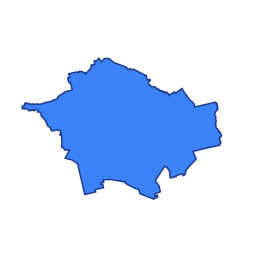 outline of Coonamble, New South Wales, Australia, rotated 159°
{"feature_id": "25037944B2591711256956", "entity_name": "Coonamble", "entity_type": "district", "adm_level": 2, "iso_a3": "AUS", "parent_name": "Australia", "parent_adm1": "New South Wales", "projection": "mercator", "projection_center": [148.081, -30.867], "detail": "fine", "context": "isolated", "style": "filled", "palette": "blue", "viewbox_px": 256, "rotation_deg": 159, "n_neighbors": 0, "source": "geoboundaries", "source_scale": "gbopen_adm2", "svg_char_len": 5623}
<svg xmlns="http://www.w3.org/2000/svg" viewBox="0 0 256 256"><g transform="rotate(159 128 128)"><path d="M49.0,79.1L48.9,79.5L48.6,79.3L48.5,79.5L48.1,79.6L48.0,79.8L47.8,80.0L47.7,80.3L46.5,81.0L46.7,81.5L46.6,82.0L46.8,82.3L46.7,82.9L46.4,83.3L46.4,83.8L46.6,84.7L46.6,85.0L46.2,85.0L46.1,86.1L45.1,86.5L44.7,86.5L44.4,86.7L44.1,86.6L43.3,87.4L43.4,88.5L43.6,90.1L43.6,90.6L43.9,91.4L44.2,91.6L44.3,91.9L44.1,92.0L44.3,92.4L44.6,92.6L44.6,93.0L44.4,93.1L44.7,93.9L44.7,95.0L45.0,95.1L45.6,96.5L45.4,98.2L45.5,98.8L45.3,98.8L45.1,99.1L44.7,99.3L44.6,99.6L44.6,100.1L44.6,101.1L42.9,103.4L43.4,104.4L42.0,106.6L42.5,109.3L40.2,112.0L39.3,112.3L39.0,112.6L38.4,112.7L38.3,112.9L37.9,113.3L37.7,113.5L37.5,113.4L37.3,113.8L37.5,113.9L37.4,114.1L37.6,114.6L37.4,114.9L37.4,115.1L36.9,115.5L37.1,115.8L37.0,116.4L36.8,116.3L36.4,116.7L36.4,117.0L36.4,117.3L36.6,117.3L36.5,117.5L36.5,117.9L36.7,118.0L36.7,118.3L36.8,118.4L36.7,118.5L36.7,118.8L36.4,119.0L36.5,119.1L36.4,119.2L36.4,119.7L36.6,119.7L36.5,119.9L36.8,120.1L37.0,120.1L37.4,120.8L58.1,123.7L57.8,126.0L57.5,126.2L58.8,129.7L59.6,130.7L60.0,131.8L61.5,136.2L61.4,137.4L61.9,137.4L63.5,145.6L71.4,143.3L71.3,143.7L71.6,143.9L71.7,144.5L71.9,144.7L71.8,145.0L78.0,143.9L77.8,144.1L78.0,145.2L78.0,145.4L78.4,145.4L78.5,145.6L78.3,145.8L78.4,146.2L78.7,146.6L78.7,147.1L79.2,147.2L79.5,147.8L79.8,148.0L80.1,147.8L80.1,148.1L80.5,148.2L80.8,148.7L81.4,148.6L81.5,148.2L81.8,148.3L82.1,148.8L81.9,149.1L82.1,149.7L82.5,149.6L82.8,150.1L83.2,150.1L83.2,150.4L83.5,150.2L83.9,150.3L84.0,150.6L84.3,150.6L84.3,151.0L84.7,151.2L84.6,151.5L85.2,151.8L85.1,152.3L85.3,152.3L85.3,152.5L85.6,152.7L85.6,153.1L85.8,153.2L85.8,153.4L86.1,153.4L86.3,153.5L86.5,154.0L86.5,154.3L86.8,154.5L86.8,154.8L87.0,154.8L87.3,154.6L87.4,154.8L87.6,154.8L87.6,155.0L87.7,155.5L88.1,155.7L88.0,156.2L88.2,156.9L89.0,157.4L89.4,157.5L90.1,157.6L90.6,158.0L91.2,158.1L91.4,158.5L91.3,158.9L91.4,159.2L91.8,159.3L92.0,159.7L92.1,160.2L92.9,160.7L92.3,164.3L90.3,164.0L90.1,165.3L90.8,165.4L90.8,165.8L92.9,166.1L92.2,170.8L93.6,171.0L93.5,171.8L100.2,179.1L101.4,180.1L101.3,180.6L102.0,180.5L102.3,180.8L102.6,180.7L105.0,182.8L105.8,182.1L108.0,184.0L107.6,184.2L107.5,185.2L117.9,194.3L120.8,199.7L125.1,201.3L128.9,199.3L129.6,201.0L129.9,202.4L130.0,203.4L130.3,203.5L132.5,202.2L135.6,202.7L136.1,199.4L140.1,199.9L140.4,197.8L148.0,193.6L147.9,194.7L148.0,195.0L148.4,195.3L149.3,195.4L149.9,195.8L150.7,197.3L151.0,197.5L151.4,197.5L152.8,197.8L153.2,198.5L154.5,197.4L155.5,198.6L163.9,199.8L164.4,196.2L166.3,196.4L166.9,192.3L166.6,192.3L166.7,191.2L165.4,191.1L166.3,184.6L166.6,183.5L167.0,183.5L173.1,184.3L181.5,182.6L182.6,181.8L183.0,181.2L184.4,180.5L187.6,180.9L187.6,180.5L187.9,180.4L191.5,180.6L192.1,180.8L192.9,180.8L195.5,181.3L198.1,181.4L199.4,181.2L201.0,181.8L201.7,181.8L202.4,181.7L202.6,182.1L203.2,182.3L203.4,182.5L204.1,182.9L204.4,182.8L204.8,183.3L205.9,183.4L206.7,183.3L207.1,183.6L207.2,183.9L207.9,184.2L208.0,184.5L208.6,184.5L208.9,184.8L209.7,184.5L210.2,184.9L210.6,184.9L210.7,185.5L211.6,186.2L212.2,186.1L212.9,186.6L212.9,186.9L213.3,187.4L214.3,187.6L214.5,188.0L214.8,188.2L215.4,187.7L216.0,187.6L216.1,187.4L215.7,187.3L215.7,187.0L216.0,186.8L216.5,185.9L218.1,186.2L218.7,185.9L219.1,186.0L219.3,185.5L219.3,185.2L219.7,184.5L219.5,184.4L219.6,184.1L219.0,183.7L218.9,183.5L218.1,183.1L218.1,183.3L217.7,183.3L217.0,182.7L216.6,182.8L216.3,182.5L215.5,182.4L215.1,182.0L215.0,181.3L214.8,180.7L214.3,180.1L214.0,179.2L212.8,179.5L212.5,179.3L211.9,179.3L211.6,179.0L211.1,179.3L210.8,178.9L210.4,178.7L210.3,178.4L209.4,177.8L208.5,178.2L208.3,178.7L208.0,178.6L207.4,177.9L206.4,177.6L206.3,177.1L206.0,176.6L206.0,176.3L206.2,176.2L206.2,175.8L206.5,175.5L205.7,175.3L205.5,175.2L205.4,174.8L205.0,174.5L204.8,174.1L204.0,173.0L204.2,171.6L204.8,170.7L204.8,170.4L204.2,169.8L204.0,169.1L204.1,168.7L203.9,168.3L203.9,168.1L203.6,167.6L203.3,167.5L203.1,167.1L203.2,166.6L202.8,166.1L203.0,165.7L202.7,165.3L202.5,165.0L202.3,164.6L202.4,164.3L202.2,163.7L202.3,163.6L202.2,162.5L202.3,162.4L202.2,161.7L202.1,161.4L201.9,161.2L202.1,160.9L202.0,160.6L202.2,160.2L202.2,159.6L202.4,159.5L202.0,159.1L201.9,158.8L202.1,158.4L201.6,157.7L201.4,157.5L201.1,157.4L200.9,157.1L200.4,156.5L200.3,155.5L200.8,154.5L200.6,154.2L200.7,153.9L200.2,153.5L200.1,152.6L193.3,151.0L193.1,150.9L193.1,150.4L192.1,150.0L192.3,149.5L192.7,146.5L193.8,146.6L193.9,145.5L192.8,145.3L193.0,144.0L195.0,137.6L196.6,134.7L196.5,134.4L196.8,134.2L196.0,133.3L196.0,132.9L195.4,132.1L195.4,131.6L195.1,131.0L194.8,130.1L194.0,129.8L193.6,129.8L193.2,129.3L192.8,129.3L192.4,129.1L190.8,128.7L190.5,128.4L191.1,127.9L197.5,122.3L192.0,118.5L187.8,112.8L192.2,81.4L181.1,79.9L180.7,82.3L172.3,81.0L171.8,84.3L173.2,84.5L173.0,86.4L170.1,86.0L169.7,88.6L163.0,86.2L162.9,86.3L149.7,78.4L150.2,77.2L145.4,71.8L145.2,71.2L139.9,66.3L140.4,62.4L129.5,52.5L129.4,53.0L125.5,52.5L125.3,53.7L124.7,53.7L124.6,54.6L127.1,54.9L126.8,56.9L120.7,56.9L119.8,62.7L121.3,68.6L121.2,69.3L117.7,71.8L117.6,72.0L117.4,72.0L107.6,79.1L105.2,76.8L105.3,76.3L105.5,76.2L105.6,75.9L105.1,75.1L105.0,74.8L105.2,74.0L104.6,72.7L104.6,72.2L104.8,72.0L104.8,71.2L105.1,70.5L106.0,69.8L105.9,69.4L105.3,68.6L105.7,68.1L105.6,67.3L106.5,66.8L106.5,66.3L100.2,65.4L100.0,66.5L93.3,65.5L93.6,63.8L93.1,63.9L92.6,63.8L92.3,64.1L92.0,64.1L91.8,64.3L91.5,64.2L91.3,64.5L90.7,64.8L90.7,65.2L90.4,65.4L90.4,65.8L90.2,66.1L90.3,66.6L90.2,66.7L89.1,67.2L88.7,67.5L88.7,67.8L88.4,68.2L78.3,73.2L75.5,74.5L75.7,82.9L59.2,80.7L49.0,79.1Z" fill="#3b82f6" stroke="#1e3a8a" stroke-width="1.5"/></g></svg>